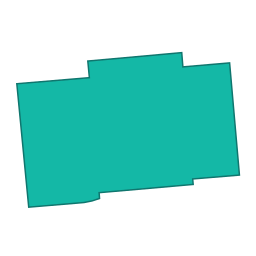 outline of Garden, Nebraska, United States of America, rotated 265°
{"feature_id": "52423323B8475953570215", "entity_name": "Garden", "entity_type": "district", "adm_level": 2, "iso_a3": "USA", "parent_name": "United States of America", "parent_adm1": "Nebraska", "projection": "mercator", "projection_center": [-102.377, 41.615], "detail": "fine", "context": "isolated", "style": "filled", "palette": "teal", "viewbox_px": 256, "rotation_deg": 265, "n_neighbors": 0, "source": "geoboundaries", "source_scale": "gbopen_adm2", "svg_char_len": 346}
<svg xmlns="http://www.w3.org/2000/svg" viewBox="0 0 256 256"><g transform="rotate(265 128 128)"><path d="M198.4,188.1L198.2,93.8L181.5,93.9L181.8,21.1L57.8,22.2L57.6,77.7L58.5,85.8L60.3,93.5L66.1,93.6L66.1,176.1L66.1,188.0L71.6,188.0L71.4,234.9L184.0,234.9L184.1,188.0L198.4,188.1Z" fill="#14b8a6" stroke="#0f766e" stroke-width="1.5"/></g></svg>